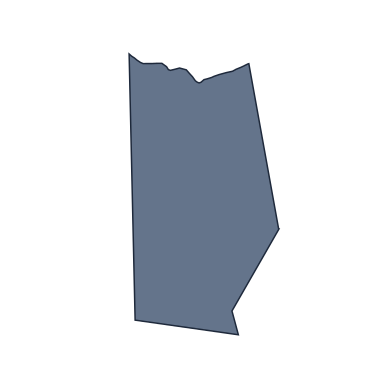 the district of Annus, Laborie, Saint Lucia, rotated 74°
{"feature_id": "8701671B25026940525342", "entity_name": "Annus", "entity_type": "district", "adm_level": 2, "iso_a3": "LCA", "parent_name": "Saint Lucia", "parent_adm1": "Laborie", "projection": "orthographic", "projection_center": [-61.008, 13.775], "detail": "fine", "context": "isolated", "style": "filled", "palette": "slate", "viewbox_px": 384, "rotation_deg": 74, "n_neighbors": 0, "source": "geoboundaries", "source_scale": "gbopen_adm2", "svg_char_len": 638}
<svg xmlns="http://www.w3.org/2000/svg" viewBox="0 0 384 384"><g transform="rotate(74 192 192)"><path d="M42.0,214.4L299.5,282.0L342.0,186.8L318.7,186.4L317.4,186.4L251.5,118.6L251.4,118.9L84.3,102.0L84.3,103.0L85.6,110.3L86.2,115.9L86.6,117.5L87.1,119.8L86.7,125.9L86.6,133.6L86.9,139.1L87.3,141.5L87.4,145.5L87.4,146.8L87.3,149.5L89.0,153.1L89.1,155.1L88.0,156.6L86.1,158.1L81.3,159.8L77.1,161.9L73.0,163.8L69.4,169.8L69.3,174.7L69.1,179.3L67.8,181.0L64.6,181.9L60.0,185.5L58.6,190.5L57.5,195.1L56.6,198.2L55.1,203.6L53.3,205.8L50.0,208.6L47.3,210.4L44.8,212.6L42.0,214.4Z" fill="#64748b" stroke="#1e293b" stroke-width="1.5"/></g></svg>